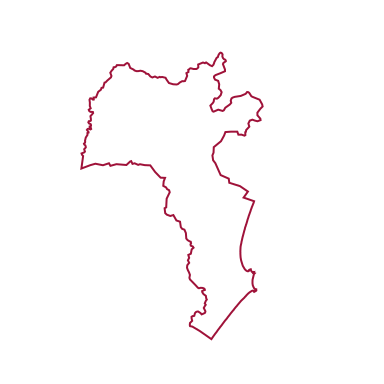 Castillos, Rocha, Uruguay, rotated 340°
{"feature_id": "84410073B93691162353295", "entity_name": "Castillos", "entity_type": "district", "adm_level": 2, "iso_a3": "URY", "parent_name": "Uruguay", "parent_adm1": "Rocha", "projection": "albers", "projection_center": [-53.824, -34.08], "detail": "fine", "context": "isolated", "style": "outline", "palette": "rose", "viewbox_px": 384, "rotation_deg": 340, "n_neighbors": 0, "source": "geoboundaries", "source_scale": "gbopen_adm2", "svg_char_len": 5843}
<svg xmlns="http://www.w3.org/2000/svg" viewBox="0 0 384 384"><g transform="rotate(340 192 192)"><path d="M96.1,132.1L105.7,132.0L110.9,132.4L117.5,136.4L123.8,136.6L124.3,139.5L130.5,140.0L139.6,144.2L144.3,142.2L145.4,142.2L145.7,145.2L147.9,145.4L150.7,148.1L152.6,148.1L156.8,150.6L161.9,152.7L164.2,160.6L167.4,167.8L171.5,169.5L169.0,172.4L167.1,176.4L169.2,178.8L169.6,180.8L171.1,182.5L171.0,184.6L165.9,189.6L162.5,197.6L160.7,197.9L159.6,202.7L160.6,204.7L163.4,207.1L166.6,207.3L167.6,213.4L170.6,215.8L169.5,221.1L170.1,223.2L172.0,224.8L172.2,228.5L170.7,233.8L171.4,235.7L173.0,237.7L173.8,238.3L173.6,239.9L172.7,240.6L172.5,242.0L174.1,243.5L174.4,244.9L172.1,245.8L169.8,249.6L167.0,249.9L166.8,252.9L164.8,254.8L165.1,257.6L162.5,259.2L161.4,261.5L161.4,264.0L161.7,266.6L161.7,269.2L160.2,271.8L160.2,273.5L163.4,280.6L164.8,284.0L165.6,284.8L167.4,285.0L169.2,285.8L169.8,286.3L170.4,286.9L170.7,287.7L170.6,288.4L169.1,288.4L167.6,288.6L167.4,289.8L167.9,291.9L169.5,294.3L169.0,296.8L169.1,298.2L168.0,298.8L165.9,301.0L166.3,302.7L165.0,303.6L163.4,305.0L163.8,308.7L163.0,309.9L161.4,310.2L159.2,310.3L158.6,308.7L156.9,306.4L155.9,306.1L154.5,306.2L153.3,306.9L151.8,309.1L150.9,309.1L150.2,308.8L148.9,309.1L148.4,310.6L148.1,313.1L145.3,314.4L144.4,316.3L144.3,317.4L146.3,318.6L151.7,325.2L159.9,336.9L162.4,335.1L165.5,333.0L167.0,332.1L169.1,330.6L172.1,328.7L172.4,328.4L172.9,328.2L174.8,327.0L175.5,326.5L179.0,324.2L181.5,322.8L182.6,322.0L185.2,320.4L186.7,319.4L189.4,317.8L190.4,317.2L191.1,316.9L191.5,316.5L194.0,315.0L195.2,314.4L196.1,313.8L201.0,311.0L205.1,309.2L206.2,308.5L206.7,308.4L207.9,307.6L208.5,307.4L209.2,307.0L210.6,306.4L211.8,306.0L214.4,305.4L215.0,305.4L215.6,305.6L216.1,305.9L216.3,306.1L216.3,306.4L216.3,306.6L216.1,306.9L216.2,307.1L216.6,307.0L216.6,306.9L216.8,306.9L217.0,307.0L217.4,306.9L217.6,306.9L217.9,306.8L218.0,306.6L218.4,306.7L218.6,306.7L218.8,306.5L218.8,306.4L218.8,306.1L218.7,305.9L218.9,305.8L218.9,305.4L219.0,305.3L218.9,305.2L218.7,305.1L218.3,305.2L218.0,304.8L217.7,304.3L217.4,303.4L217.4,303.0L217.3,302.6L217.2,300.5L217.6,298.5L218.7,295.6L219.0,295.0L221.6,291.1L221.8,290.8L222.3,290.1L222.8,290.0L223.2,289.8L223.1,289.7L222.6,289.7L222.4,289.5L222.3,289.2L222.5,288.9L222.4,288.8L222.5,288.7L222.4,288.7L222.5,288.6L222.6,288.4L222.6,288.2L222.3,288.1L222.2,288.3L222.2,288.5L222.4,288.5L222.0,288.6L221.7,288.4L221.2,287.9L221.1,287.6L220.8,287.1L220.7,286.8L220.7,286.2L220.7,285.1L220.7,284.9L220.8,284.8L220.8,284.7L220.4,284.7L220.3,284.8L220.0,284.9L219.7,284.9L219.4,284.7L218.8,284.9L218.7,285.4L218.5,285.6L218.2,285.7L217.8,285.7L217.4,285.6L217.0,285.4L216.2,284.6L215.7,283.7L215.2,282.6L214.8,280.5L214.5,278.8L214.5,278.1L214.7,274.1L214.8,272.8L215.2,270.6L215.3,270.1L215.7,268.7L216.4,266.4L216.8,265.4L217.1,264.4L218.0,262.2L218.9,260.1L219.7,258.7L221.0,256.7L221.4,255.9L223.1,253.3L223.3,252.9L223.9,252.1L224.0,251.8L224.3,251.4L224.7,250.9L228.0,246.1L229.1,244.7L229.2,244.4L229.8,243.5L231.0,242.1L231.5,241.3L232.0,240.8L233.2,239.2L233.8,238.4L234.6,237.2L236.3,235.1L236.5,234.8L237.0,234.1L238.5,232.3L239.5,231.1L240.5,229.9L241.3,228.8L242.7,227.2L242.9,226.8L243.2,226.6L243.6,226.1L244.2,225.5L245.2,224.3L245.9,223.6L247.2,221.9L238.6,214.9L244.7,210.7L239.1,202.9L230.2,196.1L231.1,192.0L224.7,185.9L223.8,172.9L222.7,169.4L223.7,164.6L225.7,162.4L227.8,157.3L236.6,154.2L241.4,150.0L243.9,147.1L248.8,148.5L255.2,150.8L255.2,154.0L258.1,155.0L260.6,157.0L261.6,156.8L262.5,154.0L263.2,153.9L264.1,152.3L268.2,150.2L268.4,146.9L270.7,144.7L273.5,144.7L275.5,146.4L277.7,147.9L281.0,147.9L281.3,146.5L279.7,142.3L280.6,139.8L284.8,137.1L287.6,135.8L287.9,133.7L287.1,128.4L281.2,123.1L280.5,122.2L279.7,118.5L279.1,117.5L278.0,116.9L276.0,118.1L270.7,118.4L264.6,117.2L262.4,117.2L261.1,117.6L259.6,119.5L259.4,121.6L257.5,122.7L252.1,124.2L249.9,126.1L248.5,126.3L244.8,123.6L239.8,123.9L239.0,123.2L238.8,120.9L238.8,117.1L242.0,115.5L243.3,114.5L244.4,112.4L245.5,111.8L247.3,112.8L248.9,112.5L252.1,110.8L254.0,108.3L253.6,105.9L252.5,104.1L254.4,100.1L254.6,96.5L252.1,94.3L251.8,92.0L252.2,90.9L254.0,90.2L259.3,90.1L264.3,89.8L264.9,88.1L264.8,82.4L265.6,81.5L266.6,81.2L268.5,80.7L268.7,80.1L268.5,79.1L267.4,78.0L266.9,76.6L266.9,75.0L267.8,73.1L267.3,71.4L266.4,70.8L265.6,71.0L264.1,72.0L263.3,72.9L262.4,74.1L261.1,74.3L257.2,77.8L256.9,78.4L255.6,79.8L253.9,80.6L252.3,79.1L249.6,75.1L249.0,75.1L248.2,75.4L246.6,74.1L241.4,74.3L240.6,77.0L239.4,77.7L238.2,77.9L235.6,77.0L233.1,75.3L232.0,75.3L231.1,75.9L230.3,75.9L229.7,78.0L227.4,78.4L227.2,81.2L223.4,85.3L222.1,85.1L220.7,84.5L218.1,84.9L215.7,85.8L214.3,85.7L211.1,84.3L207.6,81.7L206.5,77.6L206.2,75.6L203.3,73.7L201.7,73.4L201.1,72.8L198.7,72.9L196.7,70.8L193.9,70.8L192.4,69.2L191.3,66.2L189.2,65.0L189.1,64.0L187.0,61.6L185.0,60.4L182.7,60.0L181.1,59.4L179.5,58.1L179.0,57.0L176.4,54.3L176.3,49.9L175.2,48.6L173.5,48.9L171.5,49.7L165.7,47.4L164.7,47.1L163.7,48.1L162.3,48.3L161.0,48.0L160.0,49.5L158.0,50.5L156.0,52.0L156.0,55.4L155.0,56.6L150.5,58.3L148.3,59.4L147.2,59.3L144.2,63.5L142.6,63.2L141.4,64.7L138.1,65.8L134.2,70.2L131.8,69.6L131.3,71.5L130.6,71.4L129.4,69.6L128.4,69.2L127.2,70.3L126.6,73.1L125.4,76.2L125.4,78.7L123.1,79.4L123.1,80.6L123.9,81.9L126.2,82.9L126.1,84.0L124.4,85.0L122.5,86.0L122.0,88.7L121.4,90.3L120.3,90.5L119.2,90.2L118.4,91.1L118.7,92.4L120.0,93.6L120.0,94.6L119.7,95.3L118.3,95.4L118.3,96.0L118.9,97.2L118.8,98.3L118.0,98.5L117.3,97.9L116.7,97.1L115.4,97.1L114.5,97.7L115.3,100.3L115.1,100.8L113.9,100.8L113.6,101.7L113.3,102.6L110.8,104.5L108.9,107.4L108.8,108.3L108.3,109.1L107.0,109.6L107.0,110.5L107.7,111.7L107.7,112.6L107.5,113.7L106.6,114.3L105.7,114.6L105.3,115.0L105.2,117.4L104.4,117.9L101.4,118.0L101.4,119.5L102.0,120.9L96.1,132.1Z" fill="none" stroke="#9f1239" stroke-width="2"/></g></svg>